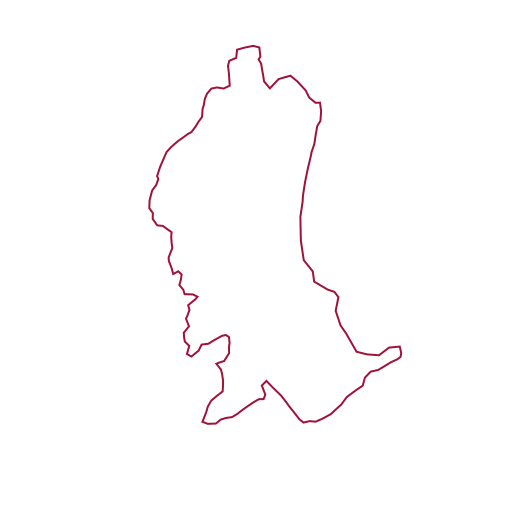 Episkopi Lemesou, Limassol, Cyprus, rotated 230°
{"feature_id": "46923920B6268683542966", "entity_name": "Episkopi Lemesou", "entity_type": "district", "adm_level": 2, "iso_a3": "CYP", "parent_name": "Cyprus", "parent_adm1": "Limassol", "projection": "robinson", "projection_center": [32.883, 34.674], "detail": "fine", "context": "isolated", "style": "outline", "palette": "rose", "viewbox_px": 512, "rotation_deg": 230, "n_neighbors": 0, "source": "geoboundaries", "source_scale": "gbopen_adm2", "svg_char_len": 2294}
<svg xmlns="http://www.w3.org/2000/svg" viewBox="0 0 512 512"><g transform="rotate(230 256 256)"><path d="M85.8,301.8L87.9,304.5L90.8,306.2L94.2,307.9L100.3,299.1L100.9,286.4L109.3,277.8L118.0,271.5L139.1,275.3L148.4,276.1L162.8,281.8L171.5,292.7L178.2,293.0L184.2,289.3L199.0,284.1L207.7,289.6L222.1,289.9L238.9,300.2L257.4,315.1L267.9,326.9L271.9,330.6L281.2,341.2L289.2,351.3L297.0,361.8L299.9,365.4L304.4,372.8L310.1,379.2L316.2,386.5L318.1,392.2L325.1,399.0L332.3,403.6L332.8,403.0L335.1,400.1L343.1,398.6L351.0,400.5L363.1,399.9L372.0,398.3L377.0,387.1L375.5,374.4L384.6,374.4L388.8,377.0L394.2,380.1L400.1,383.6L404.9,384.3L405.9,387.5L413.6,392.6L418.8,388.9L420.9,385.0L423.1,381.0L426.2,374.1L420.5,368.2L422.7,361.0L419.7,356.8L414.0,353.1L403.4,345.4L405.1,338.8L410.1,334.6L412.9,329.5L411.8,322.7L410.5,320.3L409.4,318.0L404.9,312.7L403.3,310.0L397.2,304.0L395.7,297.9L394.0,292.9L392.4,286.2L393.3,282.1L393.6,276.7L394.2,269.6L394.0,260.7L393.1,254.2L390.3,248.6L386.0,240.0L380.8,231.6L377.8,230.7L374.5,225.2L373.8,222.1L372.9,218.5L369.3,213.4L366.9,210.1L361.2,205.0L355.2,204.6L350.8,200.7L343.0,200.0L339.0,203.9L328.5,206.6L325.1,203.3L320.2,199.7L315.9,197.0L314.1,193.7L311.1,188.2L308.3,186.1L300.8,183.5L295.4,181.0L294.2,186.7L289.6,187.1L286.1,183.2L283.0,178.6L276.9,178.6L272.7,176.8L271.3,178.3L267.1,183.0L262.4,185.0L261.8,181.7L261.9,177.7L261.9,172.4L257.4,170.3L254.6,165.5L253.0,162.1L245.2,159.5L243.6,151.3L239.1,148.1L238.7,147.9L236.2,146.5L230.0,147.1L227.1,142.7L225.3,140.1L220.5,141.9L220.4,151.2L223.1,157.4L219.4,163.1L218.4,170.0L216.7,178.6L214.9,182.1L211.3,183.2L206.3,179.8L203.7,176.8L198.9,173.0L196.0,164.1L198.0,159.3L198.9,156.4L191.4,156.1L187.3,154.1L181.6,150.6L177.8,147.3L173.7,143.4L174.0,136.2L174.0,128.8L171.6,122.3L168.3,117.4L163.4,108.4L158.4,111.2L153.4,117.6L153.4,123.6L151.3,128.8L148.0,134.1L147.0,140.5L146.9,145.1L146.4,151.7L145.6,159.7L144.5,166.1L141.5,169.8L143.8,174.0L153.0,177.2L153.6,183.7L145.9,184.2L139.6,184.8L132.9,185.5L124.3,185.2L120.1,184.8L113.5,184.7L103.0,184.3L97.9,185.3L95.0,191.0L90.8,195.1L88.6,202.5L86.8,211.7L87.2,220.0L87.4,225.9L89.6,234.9L89.0,245.5L88.1,254.4L92.8,261.2L93.7,269.5L90.2,276.3L87.8,291.4L86.0,298.0L85.8,301.8Z" fill="none" stroke="#9f1239" stroke-width="2"/></g></svg>